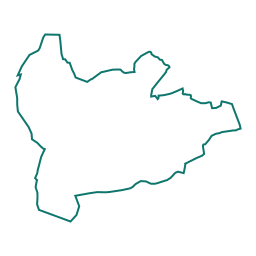 the district of Gwarzo, Kano, Nigeria
{"feature_id": "59680162B96182902271382", "entity_name": "Gwarzo", "entity_type": "district", "adm_level": 2, "iso_a3": "NGA", "parent_name": "Nigeria", "parent_adm1": "Kano", "projection": "orthographic", "projection_center": [7.983, 11.901], "detail": "fine", "context": "isolated", "style": "outline", "palette": "teal", "viewbox_px": 256, "rotation_deg": 0, "n_neighbors": 0, "source": "geoboundaries", "source_scale": "gbopen_adm2", "svg_char_len": 2243}
<svg xmlns="http://www.w3.org/2000/svg" viewBox="0 0 256 256"><path d="M169.5,67.3L168.9,65.9L167.7,65.2L166.0,65.0L164.5,64.2L163.6,62.9L162.4,60.8L162.0,60.0L159.8,59.6L157.9,57.4L154.5,56.4L152.9,55.1L151.6,54.3L151.4,53.4L151.1,52.4L150.2,51.8L149.0,51.8L147.3,52.6L141.1,56.0L135.5,62.0L134.4,63.8L134.4,64.9L134.4,67.0L134.0,68.8L134.3,70.6L134.4,71.2L134.5,72.0L134.4,72.0L132.8,72.1L130.4,72.3L125.9,73.0L123.8,72.6L122.0,71.2L121.1,70.2L120.4,69.6L118.0,69.5L112.4,69.7L102.5,72.0L101.3,72.2L92.2,78.9L90.8,79.4L87.2,81.9L75.6,77.5L74.4,74.2L73.4,72.1L72.3,70.1L69.7,62.8L67.4,62.6L65.3,59.4L63.0,59.1L63.0,58.7L61.5,54.0L60.3,40.6L59.5,34.8L45.2,34.5L43.3,37.4L40.8,44.8L39.8,47.9L38.5,50.1L37.6,50.9L29.5,54.9L21.8,66.4L17.7,75.4L20.8,74.5L19.6,79.0L15.4,87.2L16.7,95.2L17.2,98.4L17.2,104.6L17.9,111.5L28.6,127.0L31.6,133.7L32.0,139.3L37.4,142.9L40.8,146.5L43.1,148.5L44.8,149.1L41.2,156.8L37.6,170.7L37.3,173.1L35.1,178.1L37.1,180.2L36.7,181.0L35.6,187.2L37.4,192.6L37.5,197.5L37.1,204.5L39.0,209.9L70.5,221.5L76.5,215.0L79.2,206.3L75.6,196.5L75.3,195.8L89.1,193.3L95.9,192.3L97.5,192.1L105.8,192.3L109.4,192.0L122.1,190.1L130.6,188.2L133.4,186.4L133.6,185.9L135.7,184.0L140.7,181.1L146.0,181.4L148.2,182.5L150.9,183.7L154.5,183.8L156.9,183.3L165.3,180.6L165.7,180.4L166.2,180.4L167.0,180.2L168.6,179.1L170.6,177.9L175.3,172.8L178.0,171.7L183.6,173.1L184.1,171.3L185.5,163.7L185.4,163.6L197.0,157.8L201.9,155.8L204.1,153.9L202.9,146.0L203.3,144.6L205.3,144.2L209.1,139.7L211.5,135.9L215.8,133.8L219.6,133.1L221.9,132.1L233.5,130.4L235.9,130.4L237.3,129.6L239.1,129.0L240.6,128.6L239.6,124.4L233.6,108.7L232.0,104.1L226.7,102.5L221.7,101.4L220.8,105.6L216.2,107.9L212.1,108.2L210.7,102.5L208.5,102.3L205.6,103.2L201.1,103.2L196.1,101.1L194.8,100.4L191.3,98.8L190.7,98.0L191.0,96.1L190.7,95.2L189.6,94.8L188.0,94.7L186.3,94.6L185.2,94.0L184.8,94.2L184.4,94.4L183.4,94.3L182.9,93.8L182.7,93.5L183.1,91.0L182.6,88.5L176.6,91.2L175.1,91.8L173.5,92.5L173.1,92.7L172.1,93.1L170.6,93.6L168.8,94.1L166.3,94.6L164.0,95.1L162.6,95.3L161.3,95.4L158.6,95.6L158.6,96.9L158.3,98.4L157.7,99.1L155.2,95.9L153.1,96.2L151.2,96.6L151.2,95.1L152.3,89.2L156.3,84.1L165.9,72.3L166.7,69.8L169.5,67.3Z" fill="none" stroke="#0f766e" stroke-width="2"/></svg>